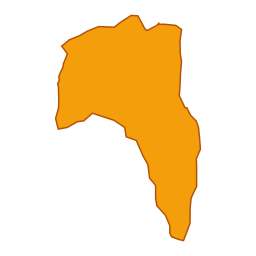 Laneia, Limassol, Cyprus (Robinson projection)
{"feature_id": "46923920B30538260046236", "entity_name": "Laneia", "entity_type": "district", "adm_level": 2, "iso_a3": "CYP", "parent_name": "Cyprus", "parent_adm1": "Limassol", "projection": "robinson", "projection_center": [32.922, 34.818], "detail": "fine", "context": "isolated", "style": "filled", "palette": "amber", "viewbox_px": 256, "rotation_deg": 0, "n_neighbors": 0, "source": "geoboundaries", "source_scale": "gbopen_adm2", "svg_char_len": 999}
<svg xmlns="http://www.w3.org/2000/svg" viewBox="0 0 256 256"><path d="M158.8,23.3L157.3,25.1L147.2,30.5L144.9,28.9L137.9,15.9L131.2,15.4L120.5,22.3L114.3,27.2L98.8,26.6L87.6,31.0L79.1,35.9L69.5,39.7L61.7,46.1L67.4,53.8L65.2,59.4L63.5,63.6L62.8,67.7L60.6,72.0L58.9,76.3L59.2,80.8L57.6,83.5L58.4,86.4L58.8,99.6L58.6,107.7L55.6,118.5L58.2,129.1L59.0,129.0L67.4,127.4L77.3,121.7L83.7,120.9L92.5,113.2L105.4,117.5L113.8,120.2L124.7,127.4L126.2,136.8L136.3,140.4L143.0,155.9L147.9,164.6L149.6,178.2L155.6,185.4L155.6,198.6L156.9,205.8L165.5,215.4L169.8,225.6L169.8,233.3L171.7,236.9L179.5,239.7L180.5,239.9L183.5,240.6L187.4,230.4L190.0,223.4L190.1,216.4L190.1,208.3L191.1,198.3L193.3,193.3L196.6,186.6L196.6,177.1L196.6,165.4L196.3,158.9L200.4,149.1L199.6,138.4L198.5,127.6L196.3,121.1L190.6,115.3L186.8,107.7L185.0,107.7L179.3,95.8L180.0,85.6L180.5,73.3L181.5,61.9L180.3,53.7L180.0,40.9L181.6,29.5L175.7,25.4L165.0,24.3L159.2,24.3L158.8,23.3Z" fill="#f59e0b" stroke="#b45309" stroke-width="1.5"/></svg>